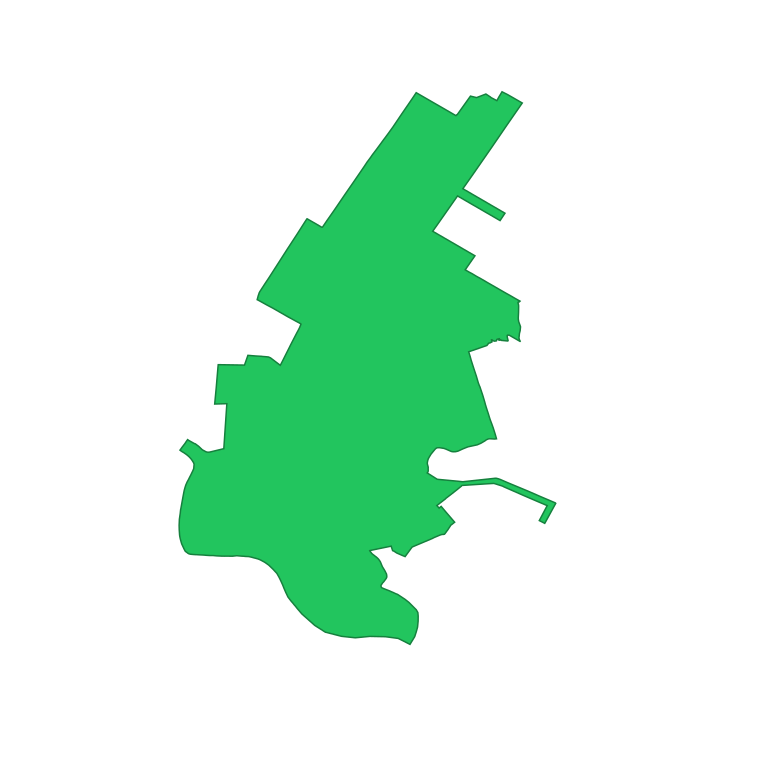 Vladeni, Ialomita, Romania, rotated 152°
{"feature_id": "2599482B22969685328670", "entity_name": "Vladeni", "entity_type": "district", "adm_level": 2, "iso_a3": "ROU", "parent_name": "Romania", "parent_adm1": "Ialomita", "projection": "natural_earth1", "projection_center": [27.826, 44.617], "detail": "fine", "context": "isolated", "style": "filled", "palette": "green", "viewbox_px": 768, "rotation_deg": 152, "n_neighbors": 0, "source": "geoboundaries", "source_scale": "gbopen_adm2", "svg_char_len": 6087}
<svg xmlns="http://www.w3.org/2000/svg" viewBox="0 0 768 768"><g transform="rotate(152 384 384)"><path d="M130.0,567.2L135.4,575.8L139.0,581.5L142.6,586.6L147.8,583.5L151.3,581.2L155.2,586.9L155.2,587.3L157.9,592.2L167.7,593.4L168.0,593.6L172.5,597.6L192.8,587.5L193.7,587.5L194.5,587.2L218.8,626.1L225.1,622.7L241.6,614.1L255.7,606.6L264.5,602.3L269.8,599.8L280.4,594.7L286.5,591.9L289.6,590.3L294.5,588.0L298.9,585.6L316.3,576.5L329.3,569.8L340.5,563.9L346.6,560.7L357.2,555.3L364.4,551.5L364.8,551.4L365.4,551.7L374.2,565.8L374.4,566.0L374.7,565.9L377.3,564.5L390.4,557.1L405.5,548.8L435.6,531.9L442.1,528.4L450.2,523.9L451.4,523.1L452.1,522.4L453.6,521.0L456.4,518.0L455.6,516.9L450.3,508.7L448.4,505.9L446.7,503.4L444.5,499.9L437.4,488.6L435.0,485.0L432.2,480.7L430.3,477.9L429.2,476.1L429.2,475.8L432.1,473.4L434.8,471.5L437.1,470.0L443.3,465.7L448.5,462.1L450.3,460.8L455.1,457.4L463.7,451.3L466.8,449.2L469.6,455.3L471.9,460.3L473.0,461.7L473.2,462.0L475.4,463.5L478.4,465.4L478.9,465.8L484.0,468.9L490.7,473.2L498.3,466.2L521.3,478.9L522.9,476.5L534.0,459.3L542.9,445.8L532.0,440.4L555.8,402.1L569.8,405.7L571.5,406.4L572.9,407.6L575.3,411.2L576.9,416.0L578.7,419.8L579.2,420.2L579.3,420.3L582.9,425.9L583.5,427.1L585.9,425.9L587.7,424.9L591.9,423.0L594.3,421.8L595.2,421.4L594.7,420.2L594.2,419.4L593.9,418.7L593.3,417.9L591.9,415.2L591.5,414.4L590.4,411.7L589.8,409.6L589.5,408.2L589.3,406.8L589.1,403.9L589.2,403.0L589.4,402.3L589.6,401.9L591.1,399.6L591.5,398.9L592.0,398.4L592.5,398.0L593.2,397.4L594.4,396.5L597.7,394.1L599.9,392.6L600.8,391.9L601.7,391.3L602.6,390.7L603.7,390.0L605.6,388.5L606.5,387.8L608.8,385.5L610.3,383.9L611.3,382.7L614.9,378.2L621.9,369.3L622.6,368.5L623.4,367.3L623.9,366.6L624.4,365.8L628.2,360.6L630.0,357.5L631.2,355.5L632.4,353.1L633.2,351.5L635.4,346.6L636.0,344.9L636.6,342.8L637.5,338.8L637.7,337.7L637.9,334.0L638.0,332.0L638.0,329.7L637.8,329.1L637.3,328.2L636.6,326.6L636.1,325.8L635.7,325.4L635.1,324.8L634.1,324.1L632.6,323.1L630.5,321.8L629.6,321.3L627.5,320.0L624.0,317.9L622.7,317.1L621.7,316.4L618.1,314.2L615.3,312.7L612.6,310.9L607.9,308.1L605.5,306.8L602.8,305.4L600.1,303.9L599.2,303.4L598.4,303.0L594.6,301.5L590.6,298.9L588.9,297.9L587.3,296.8L584.4,295.1L582.3,293.3L580.2,291.3L579.4,290.6L577.2,288.5L575.8,286.8L574.4,284.7L573.2,282.9L572.7,282.0L570.8,278.2L569.0,272.7L567.5,267.1L567.4,262.7L567.5,259.3L567.8,254.2L568.2,250.7L568.6,245.8L568.6,245.1L568.8,241.0L567.9,235.6L567.4,233.6L566.9,230.9L566.5,229.3L566.2,227.5L565.8,225.5L565.4,223.8L564.8,221.0L564.4,219.3L558.5,203.4L552.3,192.4L539.9,181.1L528.5,173.4L515.0,167.8L501.4,160.2L490.9,152.7L483.3,141.9L475.5,146.5L471.8,150.1L468.5,153.6L465.2,158.6L462.8,163.0L461.4,166.3L461.5,169.5L464.5,179.4L466.5,184.0L470.8,191.9L471.9,193.1L472.8,194.3L473.9,195.8L475.0,197.1L476.2,198.7L477.5,200.2L480.0,203.1L481.4,204.9L481.7,205.4L481.8,206.0L481.6,206.6L481.5,207.0L481.1,207.7L479.9,208.3L478.7,209.0L477.1,209.5L473.7,211.1L472.9,211.6L472.3,212.1L471.9,212.7L471.5,213.6L471.0,215.0L471.0,216.3L470.9,218.0L471.0,220.4L471.1,221.9L471.2,223.2L471.1,224.6L471.0,225.7L470.7,228.5L470.8,230.0L471.0,231.6L471.3,232.8L472.0,234.8L472.6,236.0L473.1,237.2L474.0,239.1L474.4,240.3L474.6,241.7L474.9,242.8L474.8,243.6L471.3,242.6L454.6,237.7L453.8,237.5L454.6,232.9L454.5,232.6L454.3,232.4L453.8,231.9L453.5,231.4L452.6,229.7L451.9,228.5L451.3,227.8L448.3,224.0L446.4,221.7L437.7,225.9L437.2,226.2L436.8,226.3L436.0,226.7L435.6,226.8L435.3,226.8L431.6,226.5L413.7,224.9L412.2,224.9L411.8,224.9L405.3,224.3L404.2,224.1L403.8,224.0L403.4,223.9L402.4,223.4L401.9,223.2L401.5,223.1L401.1,223.0L400.8,223.1L400.3,223.3L397.2,224.8L396.5,225.1L392.1,227.5L391.6,227.9L391.1,228.0L390.3,228.1L386.5,228.8L389.4,241.7L391.0,249.1L393.6,248.6L394.4,251.9L383.7,253.7L383.0,254.0L377.5,254.9L369.1,256.4L363.6,257.5L363.0,257.8L362.5,257.7L341.2,248.1L333.8,244.7L333.0,244.0L327.2,238.1L326.5,237.0L312.6,219.4L303.7,208.3L297.0,200.0L311.0,190.5L307.5,185.5L305.3,186.9L288.4,198.0L288.6,198.7L298.8,211.3L307.2,221.9L321.1,238.8L326.2,245.2L327.5,246.6L329.0,248.0L330.1,248.6L332.4,249.5L359.3,260.3L359.9,260.5L360.8,261.0L364.0,263.2L381.3,274.6L381.7,274.9L381.9,275.2L387.6,285.2L386.3,285.9L385.7,286.6L384.7,288.6L384.0,289.8L383.3,292.9L382.9,293.9L381.4,295.8L380.1,297.1L378.8,298.0L375.4,300.0L369.6,302.4L368.5,302.7L367.5,302.8L366.5,302.5L364.9,301.7L361.3,299.0L359.7,297.2L356.3,292.9L355.5,292.2L354.2,291.4L352.5,290.6L350.3,290.0L344.9,289.7L339.4,289.1L330.2,286.5L326.2,286.2L321.6,286.4L319.6,286.7L317.8,286.5L317.2,286.4L316.2,285.9L314.8,285.1L312.2,283.5L310.4,282.8L309.5,286.9L309.1,289.0L308.2,293.8L307.5,298.6L307.0,302.6L306.5,305.4L305.8,308.9L305.3,311.9L304.6,315.8L304.3,317.2L304.2,317.9L303.5,320.8L302.1,327.7L301.8,329.5L300.6,336.7L300.6,337.5L300.2,340.7L298.8,347.4L297.5,355.0L295.9,363.9L295.0,367.9L294.1,372.7L275.1,369.7L273.6,370.3L272.7,370.9L272.1,370.8L271.0,370.5L268.9,370.5L268.4,372.5L268.1,372.5L267.7,371.9L267.2,370.8L266.4,370.0L265.1,369.5L264.7,369.4L264.4,369.3L264.2,369.4L264.0,369.6L263.8,370.1L263.6,370.3L263.2,370.4L261.2,370.0L261.0,369.9L261.2,369.7L261.5,369.6L261.8,369.5L261.9,369.4L262.0,369.3L262.0,369.0L262.0,368.9L261.8,368.7L261.7,368.6L261.3,368.4L261.0,368.3L260.6,368.4L260.2,368.3L260.1,367.6L259.9,367.4L254.6,363.9L254.3,363.9L254.1,364.0L254.0,364.3L253.5,366.2L253.1,367.7L252.5,368.9L252.3,369.1L252.1,369.1L251.9,369.1L250.5,368.3L243.6,357.3L243.7,358.9L243.3,361.1L243.1,361.5L242.5,362.3L240.8,364.9L240.1,365.7L238.8,367.1L236.6,370.4L236.2,372.9L235.8,375.8L235.3,377.2L235.0,378.1L234.3,379.5L231.8,383.7L230.9,385.3L228.8,389.1L228.1,390.5L227.8,391.8L227.6,392.7L227.5,393.0L227.0,393.3L226.3,393.0L225.6,393.1L225.0,393.3L228.1,398.1L231.0,402.8L233.6,406.8L237.5,413.0L245.4,425.6L249.6,432.4L250.7,434.0L251.8,435.7L253.0,437.7L254.5,440.2L256.1,442.5L258.7,446.7L243.5,454.5L269.3,496.0L262.9,499.2L230.8,515.5L204.8,473.8L197.0,478.0L222.7,519.4L207.1,527.3L177.2,542.7L153.5,555.1L130.0,567.2Z" fill="#22c55e" stroke="#15803d" stroke-width="1.5"/></g></svg>